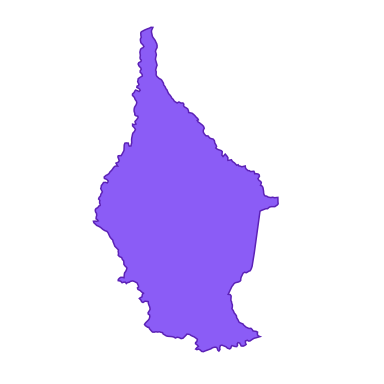 outline of Herval, Rio Grande do Sul, Brazil, rotated 280°
{"feature_id": "56859067B25919241762236", "entity_name": "Herval", "entity_type": "district", "adm_level": 2, "iso_a3": "BRA", "parent_name": "Brazil", "parent_adm1": "Rio Grande do Sul", "projection": "natural_earth1", "projection_center": [-53.366, -32.034], "detail": "fine", "context": "isolated", "style": "filled", "palette": "violet", "viewbox_px": 384, "rotation_deg": 280, "n_neighbors": 0, "source": "geoboundaries", "source_scale": "gbopen_adm2", "svg_char_len": 6008}
<svg xmlns="http://www.w3.org/2000/svg" viewBox="0 0 384 384"><g transform="rotate(280 192 192)"><path d="M269.6,178.4L269.7,174.9L270.9,174.6L271.9,174.1L273.1,173.3L273.9,171.6L274.6,169.5L275.7,168.7L277.1,168.7L278.1,167.6L277.7,165.7L278.4,163.5L277.1,161.9L277.9,159.8L278.7,158.4L279.9,157.5L280.8,156.0L282.2,154.9L283.5,153.6L284.8,151.9L286.6,150.6L288.3,149.6L289.2,148.4L290.9,147.3L292.6,145.5L294.2,145.0L296.8,142.8L297.6,141.6L298.0,140.1L299.8,137.2L301.3,136.3L304.2,135.9L305.8,135.0L309.3,135.3L310.8,135.6L316.2,133.0L317.8,132.9L320.8,133.1L322.1,132.6L324.1,131.6L326.0,131.8L328.1,132.5L330.2,132.2L331.9,131.5L333.2,130.5L334.9,129.4L337.7,126.5L338.6,125.9L342.5,124.3L344.1,124.1L347.3,124.9L347.1,123.0L345.9,121.5L345.1,120.0L343.3,117.2L341.0,114.3L339.7,113.9L336.8,114.6L335.7,115.2L334.3,114.7L332.9,114.7L330.6,115.5L329.6,116.3L328.6,117.9L326.9,119.4L325.4,118.5L324.8,117.4L323.7,116.6L320.7,116.4L317.6,117.4L315.1,117.5L313.9,118.0L313.0,119.2L311.6,119.0L310.1,117.1L308.7,116.7L307.0,117.8L305.1,120.2L303.9,120.7L302.4,119.9L300.8,120.2L300.1,121.5L298.9,122.6L297.6,122.9L295.4,120.4L294.1,119.3L292.7,119.4L291.2,119.3L288.7,121.1L287.5,120.7L286.7,119.5L285.4,119.5L284.9,121.0L284.2,122.5L283.1,123.3L281.8,122.4L282.3,120.7L282.6,118.7L281.3,118.1L279.9,117.7L278.3,116.4L277.0,116.5L276.0,117.6L275.1,118.9L273.9,119.5L272.9,120.3L271.9,121.4L270.4,122.1L268.5,121.9L265.5,120.7L263.9,120.6L262.8,120.7L261.4,121.0L259.5,122.0L258.0,122.3L257.3,123.5L257.2,125.5L256.0,126.0L253.4,124.8L251.6,123.6L250.4,124.1L249.2,125.0L248.3,123.3L248.5,121.7L246.8,122.0L245.2,124.1L243.9,125.4L242.6,125.1L241.3,124.6L240.0,123.7L238.7,123.4L234.7,123.3L233.1,123.4L229.9,124.1L228.7,123.9L226.8,123.9L226.3,122.2L227.5,121.4L229.1,120.8L228.9,118.6L228.4,117.4L226.5,117.1L221.2,117.8L219.7,117.4L215.6,116.0L214.9,113.1L213.7,112.9L210.2,114.9L208.6,114.2L207.2,112.1L204.6,114.3L204.4,112.6L203.7,111.3L202.2,110.4L200.8,109.8L199.3,109.0L197.5,107.7L195.8,107.1L194.5,105.9L193.4,104.4L191.5,102.9L190.1,103.4L189.6,105.9L188.4,107.5L187.3,107.5L186.2,106.9L186.5,105.2L186.0,103.2L184.2,102.5L182.7,101.6L180.9,101.7L179.5,101.5L176.6,103.7L175.4,103.3L174.4,102.8L173.3,102.6L171.9,102.5L170.6,101.5L168.9,101.2L167.7,102.7L166.5,102.7L165.1,102.9L164.0,103.7L162.8,103.9L162.0,102.7L160.2,101.9L159.2,100.5L158.1,99.9L156.8,100.0L155.6,100.5L154.3,101.7L152.4,102.2L150.6,102.0L148.9,102.2L148.4,103.6L147.3,104.6L146.6,103.1L146.5,101.7L146.1,100.0L144.7,100.7L142.5,104.0L142.0,106.0L141.3,108.0L139.7,110.7L138.9,112.6L138.4,115.1L137.4,116.3L133.5,119.0L132.1,120.5L130.9,122.3L129.5,122.8L125.1,125.5L122.2,129.6L120.7,129.6L118.7,130.3L116.9,130.3L115.8,131.8L115.2,134.1L113.4,135.2L112.4,136.6L110.5,137.2L108.9,137.5L107.5,138.9L106.2,140.9L105.1,141.1L103.8,140.9L102.1,140.4L100.9,139.7L99.7,139.6L95.8,139.9L95.9,138.1L95.5,136.4L94.5,135.5L93.1,134.6L91.9,134.7L91.8,137.2L90.5,138.9L91.4,140.5L91.6,142.1L90.4,143.2L91.5,144.1L92.2,145.8L93.4,147.1L94.1,149.0L93.9,150.7L92.8,153.9L91.5,154.6L90.6,155.4L89.2,155.9L88.1,154.9L86.7,155.7L85.9,158.2L84.7,159.9L83.9,161.8L82.7,160.9L80.0,160.9L79.0,159.5L78.0,158.6L76.7,160.4L75.2,161.4L74.7,162.9L76.3,164.7L76.5,167.9L74.9,168.3L73.3,169.1L72.0,170.0L70.5,170.7L69.3,171.1L67.9,170.7L65.5,169.7L64.2,170.1L63.5,171.6L61.9,172.1L59.6,171.9L58.1,171.1L55.1,169.0L53.4,168.2L52.3,169.2L51.1,171.8L51.2,173.1L50.1,173.7L48.2,176.0L47.2,177.4L47.4,179.1L48.1,180.7L48.1,182.4L48.7,184.3L48.4,186.0L48.4,187.4L47.2,188.2L45.8,191.7L45.7,193.4L45.9,195.2L46.1,197.5L46.0,199.3L45.3,201.0L46.4,202.6L46.4,204.6L45.7,206.7L46.4,208.5L49.8,210.9L51.2,211.7L51.3,213.4L51.2,214.7L50.6,215.8L50.1,217.5L49.7,219.3L48.9,221.0L47.9,222.9L45.3,222.7L44.5,221.7L43.2,221.8L42.6,223.1L41.9,224.2L41.1,225.1L39.7,223.9L38.0,222.9L37.6,224.2L38.4,225.7L37.8,227.7L36.7,229.1L36.7,230.9L37.7,232.4L40.8,237.8L42.3,239.4L43.2,241.6L43.2,243.2L42.2,244.2L40.9,244.7L40.0,246.1L41.7,246.9L43.5,246.3L45.7,246.6L46.4,248.0L45.5,252.3L44.4,254.0L44.0,256.4L45.2,257.4L46.6,257.5L47.7,258.0L47.3,261.1L47.5,262.9L49.0,263.5L50.4,262.9L51.7,263.5L51.5,265.2L48.9,267.2L49.1,269.2L50.1,270.7L51.3,271.8L52.8,270.8L54.6,270.5L55.6,272.2L55.0,273.6L55.4,275.0L57.6,277.2L58.8,278.7L59.5,280.3L61.4,284.1L61.8,282.4L62.6,281.4L63.7,281.0L65.4,280.9L65.9,279.4L65.8,277.8L65.8,276.2L66.9,275.3L68.0,273.7L67.5,271.8L68.3,268.7L69.9,266.0L70.9,265.1L71.2,263.5L71.6,261.9L72.3,260.6L73.6,259.9L76.1,257.7L77.7,257.3L79.1,256.0L80.2,254.6L82.0,253.5L84.1,251.6L85.7,251.7L87.8,251.4L89.5,250.4L90.8,250.0L92.0,249.1L96.4,248.6L97.6,247.4L97.5,245.4L105.9,247.7L107.5,248.6L109.1,249.3L110.2,250.5L111.4,253.3L112.4,254.7L113.4,255.3L115.0,255.1L116.7,255.2L120.9,256.4L122.1,257.7L121.9,259.4L122.9,260.7L123.7,261.5L124.6,263.0L126.7,263.7L129.2,264.1L143.1,263.9L184.9,262.3L185.8,263.4L188.3,267.5L188.7,269.4L189.8,270.2L190.7,271.1L191.4,272.9L191.7,274.8L192.0,276.2L194.2,278.4L195.3,278.9L197.1,278.4L201.6,277.5L200.7,274.3L200.9,272.4L200.2,270.5L200.2,268.0L200.9,266.2L200.8,264.7L201.9,263.4L203.6,262.7L205.3,262.3L207.9,261.4L209.0,260.9L210.2,259.7L210.4,258.3L212.2,258.6L213.4,258.6L214.4,257.7L215.0,256.1L216.5,254.6L217.9,255.2L219.3,255.7L220.7,255.0L221.2,253.9L221.2,252.3L220.9,250.5L222.2,250.1L223.2,249.3L222.3,246.2L223.0,244.7L222.8,243.4L224.2,241.2L225.2,240.4L226.9,239.9L225.5,236.7L225.8,235.2L225.9,233.5L226.9,232.7L226.1,231.4L228.1,228.7L229.1,226.5L230.6,225.2L229.9,223.6L229.4,221.9L230.7,221.5L231.9,221.5L233.0,220.6L234.0,219.5L235.1,218.1L232.3,216.4L233.4,215.1L237.0,214.8L237.8,213.7L238.5,209.6L239.5,207.8L241.2,208.3L242.8,207.2L244.1,206.0L246.5,205.1L247.8,203.6L247.9,201.9L248.1,200.5L248.8,199.4L250.0,198.1L249.8,195.9L250.9,194.5L251.7,193.7L253.0,192.7L254.9,192.4L256.9,193.0L258.7,191.9L259.8,190.4L261.5,187.2L262.0,185.9L263.4,184.7L264.1,185.8L265.4,184.8L266.4,183.1L267.5,181.8L268.7,180.1L269.6,178.4Z" fill="#8b5cf6" stroke="#5b21b6" stroke-width="1.5"/></g></svg>